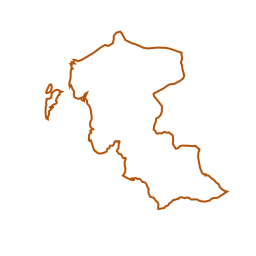 outline of Pwani, rotated 162°
{"feature_id": "TZA-3382", "entity_name": "Pwani", "entity_type": "Region", "adm_level": 1, "iso_a3": "TZA", "parent_name": "United Republic of Tanzania", "parent_adm1": "", "projection": "albers", "projection_center": [38.969, -7.175], "detail": "fine", "context": "isolated", "style": "outline", "palette": "amber", "viewbox_px": 256, "rotation_deg": 162, "n_neighbors": 0, "source": "natural_earth", "source_scale": "10m", "svg_char_len": 4556}
<svg xmlns="http://www.w3.org/2000/svg" viewBox="0 0 256 256"><g transform="rotate(162 128 128)"><path d="M169.0,128.5L168.5,129.2L168.1,130.5L167.9,131.7L167.6,132.7L166.8,133.7L165.9,134.4L165.4,134.6L164.8,134.7L164.3,134.9L164.3,135.4L164.7,136.0L164.9,136.6L164.4,137.4L163.5,137.6L162.3,137.5L161.5,137.6L162.2,138.7L162.9,139.5L163.3,140.4L163.3,142.0L163.0,143.0L162.4,144.5L161.7,145.8L159.8,147.5L159.0,150.2L157.7,158.0L157.8,159.5L158.1,161.0L159.0,163.3L159.2,164.6L158.8,165.7L158.6,166.7L159.6,169.3L159.3,170.5L156.1,174.2L158.3,173.7L159.8,172.0L160.9,169.6L161.5,167.3L162.5,168.2L163.4,169.2L163.5,170.2L162.4,171.2L165.0,171.0L166.2,171.1L167.5,172.0L169.4,173.9L169.6,174.9L169.2,176.6L168.1,178.9L168.0,179.8L168.8,182.3L168.8,185.1L169.1,186.4L170.2,185.7L170.6,185.3L170.4,187.5L169.5,189.6L167.2,193.2L164.9,199.6L163.8,201.5L163.3,201.3L163.1,201.3L162.9,201.4L162.3,201.5L162.8,202.6L162.7,205.1L162.9,206.4L161.9,205.9L161.8,206.5L161.4,207.9L160.3,206.6L159.7,206.1L159.0,205.9L159.6,207.0L159.6,207.8L159.1,208.4L158.1,208.8L158.4,209.5L157.4,209.1L154.7,207.0L151.2,207.1L137.5,210.1L128.8,213.1L124.4,214.0L123.2,213.6L122.5,212.6L121.2,212.2L116.2,213.3L114.4,216.3L112.9,220.2L109.6,222.2L105.6,222.1L104.5,219.2L103.3,212.4L98.1,207.4L94.7,205.1L88.2,199.3L84.2,197.4L75.5,195.5L67.2,192.5L63.6,190.4L53.7,182.9L54.3,182.1L54.5,181.3L54.6,179.7L55.4,176.7L55.6,176.3L56.0,175.8L56.3,175.5L56.5,175.4L56.8,174.8L57.2,174.2L57.5,173.9L57.3,170.4L58.1,167.1L58.1,163.3L58.6,159.8L60.7,157.9L63.5,156.9L69.7,155.7L72.3,156.0L74.8,156.6L78.3,155.9L81.8,154.7L93.1,152.7L93.5,150.1L92.1,147.1L89.0,138.3L90.8,133.0L92.8,130.4L95.4,128.8L98.2,128.4L99.7,125.4L102.3,122.2L104.1,118.6L103.6,117.7L103.0,116.9L102.7,114.3L101.4,113.3L99.6,113.4L98.5,112.7L97.1,112.4L96.0,112.8L94.9,113.1L94.1,112.7L93.4,112.1L92.1,111.3L90.6,111.3L87.8,107.4L88.5,103.2L90.3,99.0L89.0,93.6L87.8,93.3L86.5,93.4L85.7,93.8L85.0,94.4L83.4,94.7L81.7,94.5L74.6,91.9L72.5,90.9L70.5,90.6L69.2,90.0L68.5,88.4L67.6,87.2L66.9,86.1L67.2,86.1L67.2,84.5L68.5,83.1L70.3,78.9L71.8,68.0L71.5,62.3L70.2,60.7L68.4,59.9L68.9,59.2L69.9,59.0L68.3,58.7L66.4,58.2L65.3,56.6L64.5,54.9L62.7,52.6L60.7,48.4L59.5,47.1L59.0,45.1L58.9,43.1L56.7,39.4L53.4,36.9L64.1,34.0L68.9,35.0L71.0,34.7L72.8,33.8L77.8,34.2L82.3,36.4L84.3,38.6L86.9,39.6L90.0,40.4L91.8,43.0L93.8,43.8L96.0,43.7L97.1,44.7L98.3,45.5L100.7,46.0L101.4,45.4L102.2,44.8L103.4,45.3L104.9,45.3L105.9,45.1L106.8,45.6L110.9,43.8L112.4,43.3L113.7,42.0L114.7,41.9L115.7,42.1L117.1,41.6L118.2,40.7L124.2,41.6L123.8,43.5L123.1,44.9L122.6,46.5L122.7,48.2L122.9,48.6L123.8,49.7L124.1,50.1L124.8,52.9L125.1,53.6L125.5,54.0L127.1,55.0L128.2,55.9L128.3,56.4L128.6,59.1L128.4,60.8L127.9,62.3L127.1,63.3L127.6,65.1L127.9,69.1L128.7,70.9L129.5,71.5L130.4,71.9L131.1,72.4L131.4,73.1L131.5,73.8L131.8,74.6L132.3,75.4L132.9,76.0L133.3,76.3L133.6,76.4L134.6,76.5L135.0,76.7L135.3,77.2L135.5,77.6L135.8,78.0L136.7,78.1L138.7,78.3L139.4,78.7L140.2,79.0L140.9,78.7L140.9,78.1L140.2,77.9L139.1,77.4L137.7,76.5L139.7,77.1L141.2,77.8L145.1,81.5L147.5,84.3L146.8,84.6L145.6,85.9L144.3,87.1L143.0,90.2L142.6,93.7L141.7,96.8L139.7,99.3L139.6,100.4L141.3,100.5L142.2,101.3L142.2,102.6L142.7,105.1L144.7,106.3L145.1,107.8L145.7,109.3L145.0,110.6L143.5,111.5L142.7,112.9L142.3,114.6L141.1,116.2L140.2,117.8L141.1,118.6L142.4,118.1L143.9,119.5L145.5,118.5L146.5,116.9L147.9,115.8L149.0,116.3L150.3,116.7L151.3,115.8L152.0,114.5L153.0,114.7L154.1,114.6L155.7,112.2L158.1,111.9L159.0,112.0L160.0,111.9L161.8,112.2L163.6,112.7L165.6,115.0L167.1,117.5L167.2,127.6L168.2,127.3L169.0,128.4L169.0,128.5ZM201.6,161.0L202.6,162.2L202.5,164.5L201.4,169.3L199.4,173.9L198.4,175.2L198.3,175.8L198.3,176.2L198.2,176.7L197.7,178.1L197.5,178.5L196.9,179.4L196.8,179.9L196.4,180.7L195.6,180.7L193.6,180.1L191.6,180.8L190.7,182.3L190.2,184.0L189.6,184.9L186.8,186.0L185.3,186.3L184.2,186.4L182.7,185.8L180.9,183.8L179.7,182.9L180.4,182.8L181.6,182.7L182.2,182.5L182.2,182.3L182.4,181.8L182.6,181.3L182.9,180.8L183.3,180.6L183.8,180.7L184.2,180.5L187.2,177.6L188.2,176.0L187.6,175.1L188.0,174.0L188.8,173.4L189.9,173.3L191.2,173.3L192.4,173.0L194.6,172.0L195.8,171.8L195.4,171.2L194.7,171.1L192.9,171.3L192.9,170.8L193.8,170.6L194.5,170.2L195.8,169.3L197.3,168.7L198.0,168.2L198.4,166.3L199.0,165.3L199.7,164.3L200.3,163.9L200.7,163.6L201.4,161.7L201.6,161.0ZM190.7,186.5L192.9,186.2L194.5,186.3L194.9,187.3L194.1,188.2L191.2,191.5L189.1,193.4L187.9,193.3L187.5,192.2L187.9,190.3L188.7,188.8L190.7,186.5Z" fill="none" stroke="#b45309" stroke-width="2"/></g></svg>